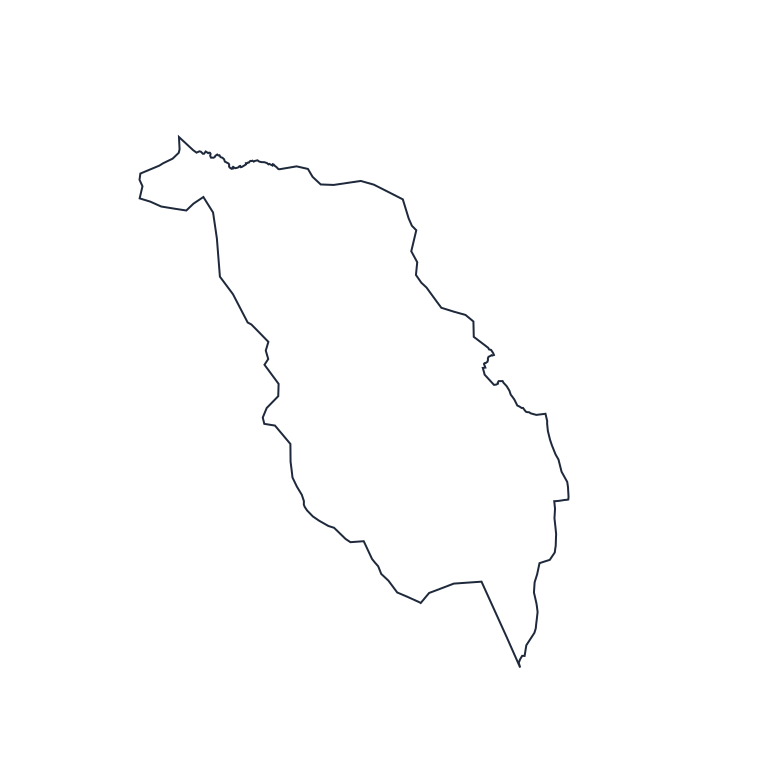 Kokona, Nassarawa, Nigeria (Equal Earth projection), rotated 152°
{"feature_id": "59680162B28903777440270", "entity_name": "Kokona", "entity_type": "district", "adm_level": 2, "iso_a3": "NGA", "parent_name": "Nigeria", "parent_adm1": "Nassarawa", "projection": "equal_earth", "projection_center": [8.04, 8.812], "detail": "fine", "context": "isolated", "style": "outline", "palette": "slate", "viewbox_px": 768, "rotation_deg": 152, "n_neighbors": 0, "source": "geoboundaries", "source_scale": "gbopen_adm2", "svg_char_len": 3249}
<svg xmlns="http://www.w3.org/2000/svg" viewBox="0 0 768 768"><g transform="rotate(152 384 384)"><path d="M396.9,69.7L395.9,74.6L393.1,77.0L390.0,78.9L389.7,79.1L389.1,78.8L387.5,77.9L381.0,86.5L368.0,93.7L366.1,95.6L364.8,96.9L361.9,101.2L360.0,103.9L355.4,110.6L353.1,116.7L352.3,119.1L351.0,123.9L349.5,129.5L344.1,138.2L338.2,144.0L334.0,149.0L330.8,152.8L325.6,151.9L320.2,150.9L312.3,155.1L310.4,157.8L308.3,160.6L304.0,168.1L302.5,170.6L300.0,176.7L296.5,185.5L294.4,188.9L291.6,193.5L289.8,197.9L288.7,200.6L286.8,199.7L283.6,198.4L279.2,196.9L276.6,195.8L275.5,195.5L274.0,197.8L269.9,206.7L268.2,211.5L268.4,223.2L265.4,235.4L265.6,241.2L264.5,251.3L263.6,256.7L261.4,265.5L258.6,272.4L257.3,274.7L255.4,281.9L264.0,285.2L267.6,288.6L268.3,289.3L269.1,290.9L269.9,291.4L271.0,292.1L271.7,292.9L272.1,294.9L272.5,297.6L273.7,298.2L275.1,300.7L276.4,302.4L276.2,309.0L276.6,312.1L277.1,315.1L276.4,319.3L276.7,324.5L277.9,329.0L277.9,330.9L278.9,331.4L281.4,332.7L282.9,331.8L283.2,330.8L285.2,330.8L287.3,331.6L290.8,345.1L290.5,346.0L289.2,351.8L288.5,351.5L286.8,350.9L286.3,354.8L285.4,355.2L284.2,354.8L282.2,355.1L280.9,356.4L280.3,357.8L279.0,358.9L278.0,358.9L276.6,358.8L275.6,359.0L275.1,358.3L273.3,358.0L273.1,359.9L273.3,362.2L273.5,363.9L275.0,365.2L275.0,367.0L282.6,383.5L275.7,397.2L279.6,406.7L288.1,414.8L297.6,424.4L298.7,431.6L301.2,449.3L303.5,455.9L304.6,465.3L297.5,475.9L297.6,488.4L283.3,504.6L285.1,510.6L284.5,518.6L280.7,538.2L299.4,564.8L309.2,574.2L335.0,583.4L346.2,589.9L349.8,600.4L350.2,609.6L359.0,617.2L375.2,622.6L376.3,623.3L377.2,626.3L377.9,627.6L378.3,629.4L378.9,630.2L379.9,629.2L380.5,630.2L382.0,632.2L382.9,632.2L383.6,634.0L385.4,635.9L388.1,637.5L389.7,638.9L390.7,640.9L393.5,641.6L394.6,641.5L395.2,642.9L396.2,643.0L397.2,643.7L398.1,643.5L399.2,643.0L400.0,643.4L400.7,643.1L401.6,643.5L402.3,643.8L402.7,642.7L405.1,642.5L407.7,642.4L408.7,642.7L408.6,644.0L409.4,644.2L410.5,643.7L412.4,643.9L414.1,644.4L415.3,646.6L416.0,646.4L416.3,645.2L417.6,645.6L418.7,647.7L418.6,649.0L417.7,650.3L417.7,651.6L420.1,655.1L419.7,657.5L420.4,659.6L421.8,661.0L421.9,663.2L422.9,663.5L423.5,664.9L425.6,664.7L427.1,663.8L428.4,663.9L430.5,665.1L430.3,667.2L429.1,668.6L429.1,669.8L429.8,670.4L430.9,670.4L431.8,672.2L432.3,673.0L434.7,671.8L435.8,672.3L436.6,675.0L437.7,676.1L440.9,676.3L442.7,680.0L449.1,698.3L454.3,687.2L456.7,684.5L464.8,682.2L475.4,682.6L479.9,682.3L500.3,684.2L504.0,679.1L504.4,672.0L512.6,662.6L504.7,654.7L497.4,645.3L486.6,637.1L477.1,630.0L467.5,632.7L455.7,633.9L454.4,615.7L461.0,597.2L463.3,590.8L478.5,555.8L477.3,548.0L475.2,534.2L475.5,502.3L473.2,498.9L470.8,490.9L466.3,475.5L472.7,469.0L474.5,460.4L480.5,457.1L477.0,433.6L483.1,422.9L498.8,417.9L506.8,411.3L508.4,405.0L499.8,398.5L494.8,375.0L503.0,359.2L505.8,351.8L508.7,344.4L509.1,334.3L508.6,324.7L509.2,321.2L509.7,318.2L511.4,315.2L511.7,312.8L511.3,308.5L509.0,300.5L505.5,293.8L499.8,284.8L495.6,280.5L490.7,265.3L487.9,260.1L475.7,254.7L476.7,235.3L476.7,235.2L476.0,231.3L474.7,225.8L475.6,217.6L472.4,208.2L470.2,193.7L463.0,184.8L454.7,174.0L454.4,173.4L442.3,178.3L416.1,175.0L394.3,165.3L390.7,163.7L394.5,103.1L396.4,76.6L396.9,69.7Z" fill="none" stroke="#1e293b" stroke-width="2"/></g></svg>